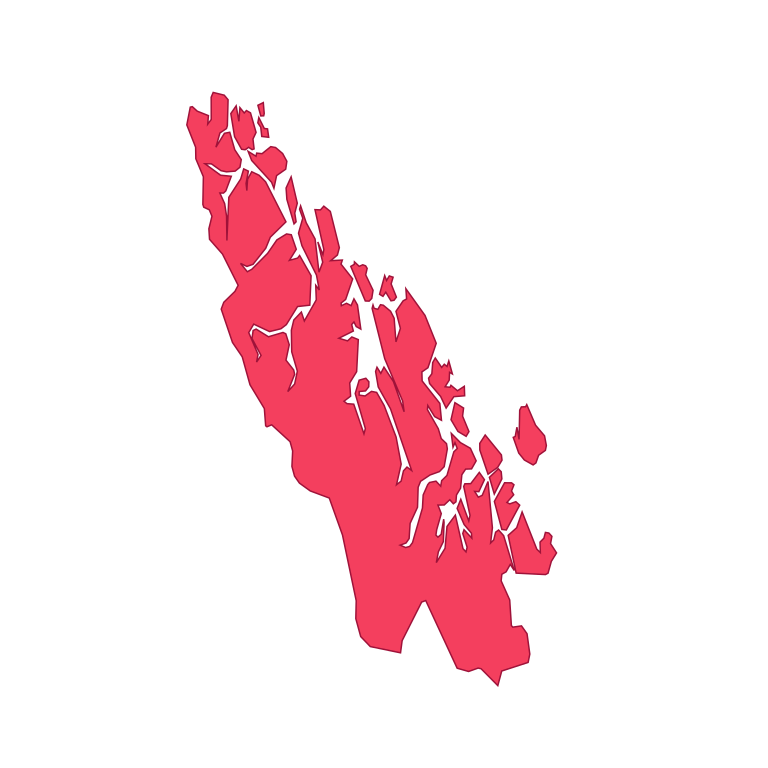 SVG path tracing the border of Møre og Romsdal, rotated 80°
{"feature_id": "NOR-910", "entity_name": "Møre og Romsdal", "entity_type": "County", "adm_level": 1, "iso_a3": "NOR", "parent_name": "Norway", "parent_adm1": "", "projection": "robinson", "projection_center": [7.305, 62.718], "detail": "fine", "context": "isolated", "style": "filled", "palette": "rose", "viewbox_px": 768, "rotation_deg": 80, "n_neighbors": 0, "source": "natural_earth", "source_scale": "10m", "svg_char_len": 6159}
<svg xmlns="http://www.w3.org/2000/svg" viewBox="0 0 768 768"><g transform="rotate(80 384 384)"><path d="M77.6,524.6L82.9,520.5L89.2,510.3L97.5,512.5L93.5,508.2L71.6,504.4L67.2,501.6L71.8,491.2L77.0,488.2L102.4,493.4L105.1,494.8L108.3,502.0L121.6,508.4L109.4,497.6L109.3,492.2L127.4,490.3L138.2,485.6L145.5,488.2L148.5,493.6L147.7,502.3L145.6,507.5L137.2,515.8L136.0,522.1L150.0,508.7L152.9,498.3L166.4,506.3L168.1,508.9L167.4,512.5L178.7,509.6L191.3,509.9L215.4,513.8L173.2,504.4L157.2,489.5L147.8,484.8L150.8,480.6L162.5,485.0L169.7,485.5L158.7,482.8L152.0,477.4L156.8,470.7L164.3,465.5L207.3,452.4L219.7,470.5L229.8,476.9L243.4,492.2L244.4,498.6L240.3,504.4L249.7,499.1L248.1,494.3L235.1,475.9L223.5,464.5L219.3,453.9L220.9,449.4L236.1,447.0L245.8,455.7L245.0,447.2L242.8,444.8L264.7,437.0L293.5,443.4L292.7,455.7L308.6,469.9L311.7,475.9L312.5,487.6L302.4,501.9L309.9,508.3L333.0,502.9L340.3,505.7L334.5,500.1L316.3,506.1L308.6,503.6L307.7,500.4L317.4,489.6L315.7,474.5L317.5,472.0L328.9,470.5L343.5,476.4L354.5,470.5L358.9,470.3L374.8,480.1L368.5,472.0L356.3,467.1L336.3,469.3L315.0,465.9L305.3,461.7L298.8,452.9L308.1,451.5L289.4,436.1L275.0,434.1L280.2,431.4L265.0,431.6L233.6,440.8L220.6,442.0L206.6,435.2L197.2,436.8L194.1,435.2L211.7,432.6L229.2,426.7L262.6,428.6L253.4,423.2L232.6,424.5L246.0,421.7L241.2,419.9L200.3,421.7L201.5,416.3L198.4,412.4L204.7,406.9L242.0,404.3L248.9,407.5L253.3,415.1L254.7,403.5L258.5,405.5L275.1,396.6L294.1,407.1L296.8,412.2L299.5,412.4L298.0,406.9L301.1,402.8L294.9,398.8L301.6,396.4L325.9,397.3L322.6,401.4L317.7,402.8L319.8,405.5L326.5,405.0L331.1,420.5L335.2,412.4L332.1,407.5L335.8,401.6L367.1,408.8L377.0,417.6L390.2,419.0L394.0,426.4L396.9,423.9L398.6,417.3L429.6,412.4L424.7,410.1L388.4,414.0L375.9,407.8L375.2,400.9L379.2,398.5L384.1,399.5L387.6,403.4L387.1,409.7L390.6,410.4L392.5,404.7L389.1,397.6L391.0,392.7L405.2,387.6L438.3,381.3L465.9,381.0L485.4,389.2L482.6,384.0L472.9,379.9L469.8,375.8L474.0,371.8L409.6,381.9L385.9,390.2L370.2,390.1L366.3,388.0L373.0,385.3L367.4,381.1L383.2,374.3L414.9,369.0L404.0,368.6L359.2,378.9L307.5,382.6L304.3,381.1L307.7,380.6L309.4,377.1L305.3,373.7L306.3,371.0L313.5,364.9L321.0,362.6L344.6,364.9L332.1,358.2L314.5,359.6L305.4,350.7L304.2,347.0L294.0,345.9L323.6,331.7L353.0,325.5L375.6,337.9L378.7,344.6L387.6,345.9L412.8,332.4L429.7,333.7L424.9,339.8L412.8,344.6L416.8,345.7L437.5,338.3L447.7,337.1L453.6,332.8L458.9,332.9L475.9,339.1L479.9,344.6L481.6,354.5L486.2,364.9L491.6,368.3L511.2,372.4L525.8,382.5L540.6,386.1L544.4,389.9L545.5,396.1L548.8,391.1L548.4,386.9L545.2,383.5L512.9,367.7L500.1,364.7L490.7,358.4L488.9,356.3L488.7,349.7L494.5,345.9L489.2,344.0L485.0,337.9L462.9,327.0L460.2,323.0L454.1,324.3L458.2,327.0L444.3,326.3L455.0,318.9L462.3,310.1L475.7,306.6L482.8,312.5L482.0,318.4L486.9,323.1L499.9,326.7L505.9,331.9L512.5,333.6L514.0,336.5L509.4,339.3L513.6,345.7L512.6,351.9L521.6,350.1L536.6,357.4L541.8,359.1L544.2,357.5L542.0,353.8L527.5,348.7L530.8,348.9L549.5,352.9L558.7,359.6L569.0,363.5L556.4,352.4L535.2,346.7L525.5,336.5L559.9,334.8L563.6,332.4L559.2,330.5L544.9,332.4L541.4,330.5L551.0,324.3L546.1,323.8L536.3,329.5L519.2,333.6L510.9,328.4L533.6,324.3L528.3,322.1L498.7,323.3L496.3,321.7L497.2,315.9L487.6,305.5L495.7,301.7L506.5,309.3L505.5,313.4L511.8,310.8L510.7,306.6L498.1,298.5L544.4,302.2L559.1,306.6L556.6,303.0L549.3,299.8L547.7,296.5L554.1,292.5L590.3,288.1L583.6,291.0L590.2,296.4L591.8,301.0L598.2,302.8L618.5,297.7L644.0,300.5L645.8,299.4L646.1,290.6L654.8,286.5L675.3,287.3L683.2,290.4L687.1,317.9L700.8,324.3L681.3,337.8L680.1,340.6L681.8,350.6L676.6,361.3L604.5,380.5L605.3,384.8L639.9,410.7L651.6,414.4L640.2,443.1L628.7,450.8L610.2,452.5L592.6,449.0L525.5,451.1L486.8,457.7L476.5,475.2L466.9,484.5L459.2,488.1L449.2,489.0L434.1,485.6L424.5,486.5L404.7,501.7L405.8,506.7L404.6,507.8L387.4,506.1L361.5,516.1L332.6,518.9L316.8,526.0L282.0,531.3L275.7,527.6L266.9,514.7L261.5,510.5L228.0,520.5L211.2,530.7L200.7,529.5L188.9,524.3L182.1,525.8L178.6,530.8L175.7,531.2L148.5,525.9L129.5,530.2L118.1,528.4L94.6,533.2L77.7,526.7L77.6,524.6ZM593.2,286.7L554.6,288.0L548.6,278.3L534.0,270.2L573.2,262.2L577.2,259.3L566.8,257.8L563.6,253.3L558.2,250.8L559.4,247.5L563.2,245.1L570.1,247.7L580.3,243.4L587.7,250.0L598.8,255.3L599.7,258.1L593.2,286.7ZM449.6,260.6L462.0,260.6L433.3,254.9L430.4,252.7L431.0,248.5L429.1,247.0L450.9,241.9L462.9,234.9L472.8,234.8L477.4,236.6L481.0,244.1L488.1,248.1L489.6,251.2L483.2,259.0L475.4,263.3L459.0,266.0L458.5,263.9L449.6,260.6ZM408.6,317.4L418.5,327.0L406.1,330.4L391.5,339.0L386.0,339.1L382.2,335.1L371.3,332.3L367.3,329.0L377.7,324.3L375.0,321.2L377.7,318.9L372.6,316.2L386.0,314.9L383.9,317.4L391.5,319.1L397.3,324.3L398.7,319.6L396.9,318.3L403.4,312.8L400.2,305.3L409.6,306.6L408.6,317.4ZM155.4,443.5L160.1,453.6L172.1,458.4L165.8,459.7L140.9,475.5L131.3,477.4L137.5,470.5L134.5,469.3L136.0,464.1L130.6,454.3L132.3,449.7L139.4,443.8L147.8,441.0L155.4,443.5ZM120.0,470.5L129.9,471.1L130.3,473.2L127.4,476.2L129.2,480.1L128.1,483.5L114.5,488.2L91.1,487.9L84.4,481.3L100.1,481.3L86.8,477.9L92.8,474.6L90.8,472.0L93.8,468.4L114.0,466.3L120.0,470.5ZM526.9,271.4L549.0,288.9L547.7,293.2L518.8,295.7L502.2,282.4L503.5,275.5L505.8,273.5L511.5,277.0L515.6,275.5L522.0,283.5L523.9,281.0L522.8,274.6L526.9,271.4ZM479.5,281.0L485.9,286.6L490.9,297.2L465.7,301.1L459.1,300.0L451.8,293.2L474.2,280.7L479.5,281.0ZM289.8,378.5L297.6,381.2L299.8,384.2L299.0,388.0L262.4,396.3L261.0,392.5L258.6,391.9L263.8,388.0L262.9,384.2L264.4,381.6L267.2,380.5L273.3,383.1L289.8,378.5ZM429.3,312.2L445.6,308.6L449.8,312.2L443.6,319.4L430.8,324.2L414.7,317.4L421.5,309.8L429.3,312.2ZM200.2,442.2L209.0,442.4L210.7,444.8L185.3,447.6L174.0,446.4L163.9,439.5L190.9,438.0L200.2,442.2ZM286.7,359.6L300.6,356.7L303.3,359.6L303.3,362.7L293.9,366.3L297.5,369.8L294.9,372.8L277.4,364.5L282.5,363.5L278.5,360.0L280.4,356.5L286.7,359.6ZM497.9,284.4L511.5,294.5L494.2,296.4L487.4,286.1L490.8,283.8L497.9,284.4ZM104.9,462.9L99.9,461.0L111.6,457.5L112.5,454.4L121.0,454.7L119.0,461.4L109.7,460.8L104.9,462.9ZM98.6,458.8L87.6,459.8L85.9,454.0L96.8,455.0L99.0,455.9L98.6,458.8Z" fill="#f43f5e" stroke="#9f1239" stroke-width="1.5"/></g></svg>